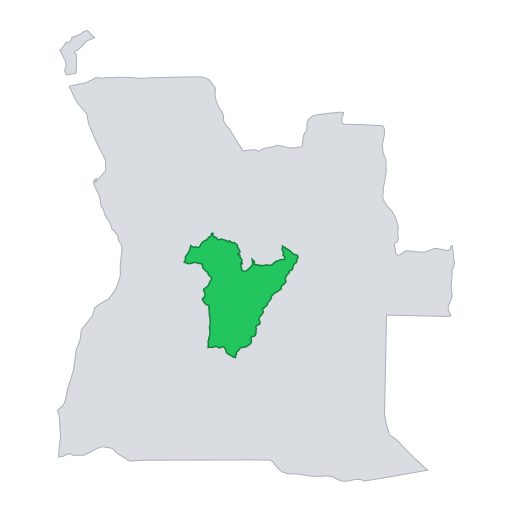 Bié on a map of Angola (orthographic projection)
{"feature_id": "AGO-1886", "entity_name": "Bié", "entity_type": "Province", "adm_level": 1, "iso_a3": "AGO", "parent_name": "Angola", "parent_adm1": "", "projection": "orthographic", "projection_center": [17.419, -12.443], "detail": "fine", "context": "in_parent", "style": "filled", "palette": "green", "viewbox_px": 512, "rotation_deg": 0, "n_neighbors": 0, "source": "natural_earth", "source_scale": "10m", "svg_char_len": 9481}
<svg xmlns="http://www.w3.org/2000/svg" viewBox="0 0 512 512"><path d="M452.3,245.6L452.9,250.0L453.5,256.1L453.9,260.4L454.3,262.4L454.5,263.5L453.9,264.6L453.4,267.2L452.4,269.5L451.9,271.1L452.2,274.0L451.3,282.8L451.1,287.1L452.1,294.9L451.9,297.2L449.1,304.3L448.2,307.8L448.1,309.7L450.7,315.0L450.5,316.1L448.4,316.3L446.6,316.4L386.5,315.1L384.7,405.7L384.5,413.4L386.2,423.6L389.5,434.8L390.8,435.8L394.3,437.9L399.1,442.2L401.8,445.4L407.2,451.0L414.4,458.1L427.5,470.2L382.4,478.1L365.2,480.9L363.7,480.9L361.1,479.6L355.6,479.3L349.1,480.9L344.0,481.3L340.2,480.5L336.5,479.0L332.9,476.8L326.6,475.9L317.7,476.4L309.0,475.9L300.8,474.4L294.8,473.8L291.2,474.1L287.4,473.6L283.3,472.3L279.9,470.2L275.8,465.8L272.6,461.6L271.8,461.0L270.8,460.3L269.8,460.1L251.9,459.9L143.3,460.2L130.8,461.1L129.8,460.9L128.2,460.4L127.1,459.5L123.5,457.2L120.4,455.4L116.1,452.4L113.3,449.1L111.0,448.0L106.9,447.5L103.9,446.9L101.4,446.9L97.0,448.5L93.8,450.1L91.5,451.7L87.4,453.5L84.0,455.3L78.1,455.2L76.8,455.4L73.4,455.4L70.3,454.0L67.1,454.2L63.6,456.1L58.6,457.0L59.4,444.4L60.5,438.9L60.3,432.2L59.1,415.1L58.2,412.7L57.5,410.0L60.6,407.8L62.2,406.1L64.3,403.2L65.7,399.2L67.3,390.4L73.5,369.9L76.2,350.0L80.0,340.4L81.3,329.8L92.3,316.0L94.9,307.6L100.6,303.4L108.8,298.8L114.5,291.0L117.3,285.5L120.4,275.1L120.2,264.3L122.1,249.9L121.6,245.7L118.5,240.0L117.8,235.9L114.9,231.9L111.8,228.9L110.3,223.5L104.9,215.0L103.3,209.3L100.7,205.2L100.3,200.2L98.9,194.8L96.2,189.6L93.6,183.6L93.5,181.7L95.1,179.4L96.6,178.6L96.1,179.7L95.1,181.1L95.4,182.2L105.2,171.4L105.9,169.3L105.5,167.0L105.4,164.2L105.8,160.8L96.1,141.4L88.4,123.4L87.0,114.2L77.0,102.3L73.0,94.6L70.7,89.1L69.0,87.0L69.6,86.0L72.2,85.7L77.9,84.3L85.7,82.8L92.9,79.4L94.8,78.0L98.6,77.7L102.6,78.4L104.0,77.8L104.8,77.7L114.0,77.6L117.8,77.3L124.9,77.3L129.3,77.5L131.9,77.8L138.8,78.3L147.3,78.1L150.4,77.8L161.6,77.5L182.7,77.0L193.7,76.9L202.2,76.9L206.0,78.1L209.5,80.2L211.1,82.2L211.9,83.0L212.9,85.1L214.8,86.8L215.5,89.3L215.0,92.8L215.3,96.9L216.4,101.8L218.7,106.9L222.2,112.2L223.8,116.5L223.3,119.6L224.4,122.9L227.0,126.4L228.9,128.3L230.0,129.7L233.0,135.1L242.6,150.1L244.0,150.8L246.1,150.6L250.6,149.9L255.0,149.8L258.2,151.2L259.4,150.9L264.2,148.4L268.9,147.6L273.8,146.6L276.4,145.5L279.4,145.5L287.5,147.6L289.0,147.8L295.5,147.8L302.1,146.7L303.1,138.1L303.1,136.4L304.7,133.1L306.7,130.3L307.0,127.6L306.9,123.9L308.3,119.5L312.7,115.9L319.8,114.3L323.9,114.0L330.2,113.1L339.9,112.2L343.4,112.4L343.7,112.9L341.7,119.0L341.6,121.1L342.3,123.1L344.0,124.2L363.1,124.7L381.6,125.7L382.6,126.0L383.4,126.5L384.6,129.6L384.2,135.6L382.4,144.3L383.0,152.5L386.0,160.1L386.2,171.8L383.5,187.6L382.8,197.5L384.2,201.7L387.2,206.1L391.7,210.8L395.2,216.8L397.6,224.1L398.4,228.7L397.7,230.5L397.7,233.8L398.4,238.5L397.5,241.5L395.0,243.0L394.1,245.1L395.3,249.1L395.5,252.7L397.2,255.2L398.4,255.4L400.9,254.1L404.0,251.7L406.5,250.8L409.9,250.9L414.7,251.7L423.2,252.2L425.8,251.8L433.8,248.7L435.9,248.5L439.0,248.9L443.4,249.9L447.9,250.3L450.1,249.3L450.3,248.0L451.0,246.3L452.3,245.6ZM94.7,37.4L94.2,37.9L90.5,39.4L86.7,40.9L81.6,46.5L79.0,49.0L78.2,49.6L75.9,51.0L74.2,52.1L74.3,52.8L75.4,53.5L76.6,54.7L76.6,63.8L76.1,72.7L75.5,73.5L72.3,73.9L67.9,74.6L66.6,75.0L66.1,74.1L64.6,70.9L65.4,67.8L66.3,65.4L65.2,60.7L63.0,56.5L60.6,51.2L59.9,50.2L61.9,48.5L64.8,44.6L66.0,42.6L69.4,42.1L70.7,40.8L71.6,38.5L71.9,37.3L75.8,36.2L80.4,34.2L83.0,32.1L85.5,30.8L87.2,30.7L88.3,31.2L91.3,34.7L93.9,36.9L94.7,37.4Z" fill="#d9dde1" stroke="#a8b0b8" stroke-width="1"/><path d="M212.3,233.1L212.8,233.4L213.2,233.7L212.6,234.1L212.4,234.4L212.3,234.6L212.4,235.1L212.6,235.3L212.9,235.4L213.2,235.5L213.8,236.6L214.1,236.9L214.4,237.1L215.3,237.1L215.7,237.1L216.1,237.5L217.0,238.9L217.4,239.3L218.0,239.6L218.8,239.7L219.5,239.4L220.0,239.5L221.4,239.0L222.6,239.5L226.0,240.5L226.6,240.8L227.2,241.3L228.1,241.7L228.4,241.4L228.7,241.0L229.3,241.2L229.9,240.9L230.3,241.2L230.7,242.3L231.1,242.2L231.5,242.4L232.0,242.6L232.5,242.8L234.2,242.5L234.5,242.7L234.9,243.3L236.6,244.3L237.2,244.8L237.4,245.4L237.3,246.5L237.4,247.1L237.7,247.6L238.6,248.5L238.9,249.6L239.7,250.7L239.9,251.3L239.8,252.5L239.6,252.9L239.2,253.3L239.0,253.0L238.1,253.6L237.8,254.2L238.1,254.8L238.8,255.1L239.3,255.1L239.6,255.1L239.8,255.2L240.1,255.8L240.0,256.4L240.0,256.9L240.2,257.3L240.6,257.8L241.9,259.9L242.0,260.4L241.9,260.6L241.9,260.9L241.9,261.4L241.8,261.6L241.6,261.7L241.1,262.0L241.0,262.3L241.1,263.1L241.0,263.5L241.4,263.3L241.9,263.1L242.3,263.2L242.3,263.7L242.1,264.0L241.3,264.3L241.0,264.4L240.6,265.2L240.8,266.0L241.6,267.9L241.7,268.3L241.7,268.7L241.7,269.2L241.5,269.8L241.4,270.0L241.5,270.1L244.2,271.4L245.7,271.1L246.3,270.9L247.8,269.6L248.6,269.1L251.7,265.8L252.3,264.9L252.6,263.9L252.5,261.6L252.1,259.3L253.1,260.2L253.5,260.5L253.8,260.8L254.1,261.7L254.4,262.1L254.6,262.5L254.4,263.8L254.4,264.0L254.5,264.1L254.6,264.4L254.8,264.6L255.1,264.8L256.3,264.9L257.3,264.6L257.7,264.6L257.8,264.6L258.0,264.7L258.3,264.9L258.4,265.0L258.6,265.5L259.0,265.8L259.5,265.7L260.1,265.4L260.5,265.3L261.1,265.4L261.9,265.5L262.4,265.7L262.9,265.7L263.6,265.6L266.0,264.9L266.8,264.9L268.5,265.2L270.1,265.3L270.9,265.3L271.6,265.1L272.3,264.7L274.5,262.4L275.1,262.0L276.8,261.1L280.3,259.8L281.9,259.5L282.7,259.5L284.1,259.7L284.7,259.5L285.0,259.0L284.9,258.3L284.9,257.6L284.7,257.1L284.5,256.6L284.3,256.3L283.7,255.9L283.0,255.1L283.0,254.5L283.3,253.9L283.5,253.0L283.3,252.1L282.4,250.4L282.1,249.5L282.2,248.6L282.7,247.0L282.6,246.1L289.5,250.5L291.0,251.7L292.6,253.4L293.3,254.0L294.1,254.3L295.8,254.7L296.9,255.1L297.5,255.7L298.0,256.5L298.0,257.2L297.3,258.9L297.1,259.7L296.7,260.5L296.5,261.8L296.4,262.6L295.7,262.8L295.2,263.2L294.7,263.6L293.5,265.2L293.2,265.9L293.0,266.7L292.7,268.3L292.3,269.4L291.7,270.0L291.1,270.4L290.1,270.5L289.5,270.6L289.2,270.9L289.1,271.6L289.3,272.3L289.0,273.2L288.3,273.7L287.5,274.2L287.1,274.8L286.3,276.4L285.6,277.3L285.2,278.2L285.3,279.1L285.8,280.4L286.0,280.7L285.9,281.1L285.7,281.9L285.3,282.7L283.9,284.2L283.7,284.4L282.8,284.9L281.7,286.0L281.2,286.6L281.1,287.0L281.1,287.4L281.3,287.8L281.4,288.2L281.2,288.8L280.7,289.4L279.0,290.4L277.9,291.3L277.0,291.9L275.2,292.7L274.5,293.2L271.7,295.9L271.1,297.1L271.2,298.0L271.0,298.6L270.6,299.4L270.1,300.1L268.0,302.4L267.6,303.2L267.5,303.9L267.3,304.9L266.7,305.6L263.6,308.2L262.8,308.6L262.6,309.3L262.7,310.0L263.3,311.7L263.1,312.7L262.0,314.2L261.5,315.1L260.9,315.6L260.1,316.2L259.5,316.7L259.5,317.4L258.9,318.9L259.0,319.6L259.8,321.5L260.0,323.0L259.8,323.8L259.3,324.4L257.8,325.0L257.4,325.2L256.8,325.7L256.2,326.3L255.8,327.0L255.9,327.7L256.2,328.5L256.4,329.4L255.9,330.7L255.8,331.3L255.9,331.8L256.0,332.9L255.6,334.2L255.1,335.4L254.1,336.3L251.3,336.9L251.0,337.6L251.0,338.3L251.2,339.1L251.3,342.2L251.2,342.5L251.0,342.8L250.3,343.8L250.1,344.0L249.9,344.2L249.7,344.3L249.2,344.7L248.7,345.2L248.2,345.5L247.8,345.6L247.5,345.8L246.1,346.8L245.8,347.0L245.6,347.0L244.8,346.9L244.4,346.9L243.1,347.5L242.8,347.5L241.8,347.4L241.5,347.4L241.2,347.5L240.7,347.8L240.4,348.0L240.2,348.1L239.2,349.6L238.2,350.8L238.0,351.0L236.7,351.9L236.5,352.1L236.4,352.4L236.3,352.8L236.4,354.0L236.3,354.4L236.2,354.8L236.1,355.1L235.1,356.4L235.1,356.6L235.1,356.8L235.2,357.0L235.5,357.4L234.9,357.5L234.3,357.4L233.5,357.2L232.7,356.7L230.8,355.4L229.7,354.9L228.0,353.9L226.6,352.6L226.2,351.9L225.9,350.3L225.6,349.6L224.6,347.9L224.1,347.4L223.7,347.1L223.0,346.8L222.2,346.8L221.3,347.1L221.0,347.3L220.4,347.6L219.7,347.9L219.0,347.8L218.3,347.5L217.3,346.8L216.6,346.5L215.7,346.4L214.7,346.7L213.6,347.1L212.2,347.3L209.2,347.2L208.8,347.2L208.2,347.5L208.3,342.1L208.1,341.5L208.1,341.3L208.1,341.1L208.2,340.8L208.3,340.4L208.6,339.9L208.7,339.7L208.7,339.4L208.7,338.8L208.9,337.9L209.1,337.6L209.2,337.0L209.2,336.9L209.6,336.1L209.7,335.9L210.0,332.2L210.0,331.8L209.7,329.0L209.5,328.3L209.5,327.6L210.2,323.0L210.2,321.1L210.0,320.2L210.1,319.8L210.2,319.5L210.2,319.3L210.2,319.0L209.5,316.0L209.2,310.8L209.2,310.1L209.0,309.2L208.9,307.6L209.1,305.7L207.6,305.1L206.0,304.3L205.3,303.8L204.6,303.1L204.1,302.1L203.0,300.6L202.6,299.9L202.5,299.1L202.6,298.5L203.2,298.0L204.2,297.4L204.4,297.1L204.7,296.7L204.9,296.0L205.0,295.1L205.0,294.2L204.9,293.2L204.4,292.2L204.1,291.2L203.7,290.6L203.6,290.2L203.6,289.8L203.6,289.5L203.7,289.3L203.8,289.1L204.3,288.6L205.2,288.0L205.8,287.7L207.7,286.1L208.2,285.6L209.1,284.2L209.2,283.4L209.4,282.4L209.8,281.8L210.8,280.3L211.3,279.7L211.5,278.7L211.4,278.2L211.3,277.5L211.1,277.2L210.8,277.0L210.3,276.5L210.0,276.1L208.4,274.7L208.2,274.5L208.1,274.3L208.1,273.9L207.9,272.9L207.7,272.4L207.4,272.2L205.7,271.0L205.3,270.6L205.1,270.3L205.0,270.0L204.7,269.7L204.0,269.2L203.4,268.5L203.0,268.0L202.8,267.8L202.7,267.6L202.5,266.0L202.4,265.6L202.4,265.3L202.2,265.0L202.0,264.1L201.6,263.9L201.0,263.6L199.4,263.5L198.2,263.1L194.2,262.3L192.4,263.0L191.9,263.3L189.3,263.6L188.3,263.6L186.9,263.3L184.2,262.2L185.0,260.6L185.5,258.9L185.4,256.6L186.3,255.6L188.2,252.7L188.9,251.5L189.5,250.1L190.8,245.6L192.5,246.8L193.1,247.1L193.9,247.1L195.9,246.9L197.0,247.2L197.5,247.4L197.9,247.5L198.5,247.5L199.1,247.2L199.7,246.5L201.5,243.4L202.2,242.6L202.9,241.8L204.1,241.1L206.0,240.1L206.8,239.6L207.5,238.9L208.8,237.2L209.5,236.9L210.3,236.7L210.5,236.4L211.4,235.2L211.5,234.9L211.3,234.1L211.4,233.7L212.3,233.1Z" fill="#22c55e" stroke="#15803d" stroke-width="1.5"/></svg>